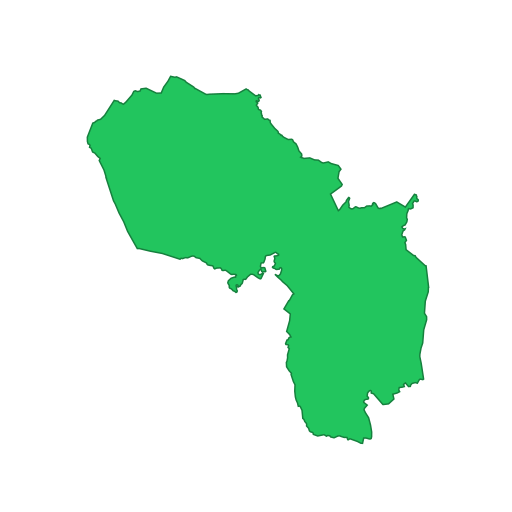 Grāveru pag., Aglonas, Latvia (Albers equal-area conic projection), rotated 104°
{"feature_id": "27541924B82032985792031", "entity_name": "Grāveru pag.", "entity_type": "district", "adm_level": 2, "iso_a3": "LVA", "parent_name": "Latvia", "parent_adm1": "Aglonas", "projection": "albers", "projection_center": [27.156, 56.054], "detail": "fine", "context": "isolated", "style": "filled", "palette": "green", "viewbox_px": 512, "rotation_deg": 104, "n_neighbors": 0, "source": "geoboundaries", "source_scale": "gbopen_adm2", "svg_char_len": 6121}
<svg xmlns="http://www.w3.org/2000/svg" viewBox="0 0 512 512"><g transform="rotate(104 256 256)"><path d="M345.2,74.7L343.8,74.7L342.3,74.0L341.7,73.4L340.4,71.0L340.3,70.5L340.4,68.7L336.2,67.5L335.7,66.7L335.6,64.2L334.9,63.6L320.3,69.7L314.1,72.7L311.9,73.2L305.4,73.6L300.1,73.2L287.0,75.4L276.6,75.0L273.6,75.8L270.8,78.7L258.8,80.8L249.1,80.2L244.8,81.1L244.7,80.9L224.4,88.6L224.5,89.5L220.6,96.7L218.6,100.4L217.2,101.7L217.4,103.2L213.6,111.9L208.6,113.6L207.0,114.8L204.4,113.8L201.5,115.8L201.5,117.1L202.0,117.6L202.1,118.4L200.2,119.7L196.2,119.4L194.6,118.1L193.6,117.9L193.9,118.3L193.8,120.3L192.5,121.5L190.7,120.2L189.9,118.9L186.4,117.9L183.8,118.1L182.6,119.1L178.5,119.9L175.0,119.4L173.7,119.6L173.0,119.1L173.1,118.0L172.9,117.3L171.2,115.3L168.5,115.9L167.3,116.8L164.5,115.9L164.1,115.2L164.5,113.2L163.9,112.3L163.2,111.9L162.1,112.3L161.5,113.6L161.0,114.1L159.4,114.3L158.7,115.0L158.0,115.2L157.8,117.2L172.4,122.9L169.5,132.5L179.7,146.3L179.5,146.7L180.1,147.9L179.9,149.1L176.2,152.7L175.7,154.1L175.8,154.9L176.9,155.5L177.8,155.5L177.6,155.1L178.0,155.1L179.9,156.3L179.8,157.5L180.8,160.7L182.9,162.4L183.8,165.7L184.6,166.6L184.6,168.4L184.1,170.5L184.2,171.4L186.7,173.4L187.2,174.6L186.9,176.3L186.2,177.7L184.2,177.9L180.9,179.4L177.3,179.1L176.8,179.8L176.8,180.3L180.2,181.7L181.7,181.7L185.6,184.1L190.7,186.0L192.1,187.1L177.9,198.7L167.4,190.0L165.7,189.7L160.8,195.3L154.1,195.8L151.2,194.6L148.3,198.1L148.1,205.6L147.2,208.6L149.5,213.2L149.4,214.9L147.9,218.7L148.6,222.5L147.8,227.5L149.8,233.3L149.5,234.3L149.6,235.4L149.3,236.6L147.9,235.7L146.0,236.4L143.6,239.8L140.3,241.9L137.5,244.3L136.2,247.2L134.4,248.6L134.1,249.6L135.2,253.0L134.1,257.7L133.5,259.1L132.6,260.1L132.5,260.6L132.9,260.9L132.1,261.9L131.4,264.1L130.5,264.3L129.7,265.0L127.6,268.8L124.5,272.9L123.2,274.4L121.0,275.2L121.0,276.2L120.2,277.8L121.3,280.7L119.6,283.8L118.4,283.9L117.9,284.7L117.0,284.8L116.1,285.6L114.4,285.7L113.4,286.9L113.3,288.4L113.0,289.2L111.2,290.0L109.8,292.0L109.1,292.1L107.5,291.3L107.0,291.6L106.3,293.1L105.5,293.3L105.2,293.1L105.6,291.4L105.3,290.8L104.0,290.6L103.0,291.7L101.9,291.7L101.6,291.4L101.6,290.1L101.0,289.5L98.8,291.0L99.0,292.0L98.9,292.3L99.4,292.3L100.7,295.1L97.6,302.5L96.7,303.9L96.7,305.0L96.3,306.0L102.3,312.4L103.8,315.8L106.5,327.3L110.4,340.7L110.9,341.8L111.3,343.5L108.1,355.7L108.3,355.9L107.2,357.2L104.3,365.7L103.0,367.6L101.4,376.4L102.2,378.0L102.3,382.3L107.7,383.7L114.4,386.4L120.8,387.4L122.1,391.9L119.8,403.2L121.7,408.0L124.0,408.4L125.1,410.7L124.9,413.1L125.9,414.4L129.9,415.3L138.0,419.4L140.8,421.3L140.6,422.7L140.1,423.8L140.3,425.4L139.1,427.4L139.4,429.9L139.3,431.2L156.2,436.9L161.0,439.9L162.5,442.7L163.5,443.2L164.1,444.1L165.5,444.9L166.5,446.5L181.5,448.4L185.6,447.3L187.8,446.1L188.1,444.5L188.9,443.8L190.8,443.8L191.3,442.0L194.6,439.7L195.1,437.3L197.8,433.5L199.0,430.8L201.3,431.2L209.2,424.4L214.8,421.0L216.1,420.6L216.6,419.9L216.9,420.1L236.9,407.6L239.5,405.2L247.5,399.2L254.8,392.6L263.2,386.5L277.5,373.0L277.0,370.9L276.9,359.8L276.2,347.6L277.5,328.9L276.3,328.1L276.3,326.6L274.7,324.3L274.3,321.8L272.0,318.8L271.2,317.2L271.2,315.8L272.1,313.8L271.9,309.7L272.4,309.2L273.7,306.9L274.7,302.4L276.0,301.3L276.3,300.6L276.3,298.8L276.0,295.8L276.3,295.2L278.1,293.8L278.5,292.9L277.3,291.4L276.1,287.7L276.8,286.5L278.1,285.5L278.1,284.5L277.3,282.6L277.3,281.5L279.7,276.1L279.8,275.0L279.2,273.6L278.8,271.4L278.9,270.8L279.4,270.3L280.3,270.9L281.5,270.7L281.8,272.0L283.6,274.8L286.7,276.8L288.6,276.9L289.4,276.5L291.2,274.7L292.6,274.5L293.4,273.9L293.7,273.2L293.8,272.0L295.3,269.7L295.4,268.2L296.2,266.6L295.7,265.9L294.4,265.7L293.1,266.8L291.1,267.3L289.8,268.1L288.9,268.1L288.5,267.5L288.7,266.5L289.2,266.2L290.1,266.4L290.4,265.8L288.9,264.0L287.4,263.8L286.2,262.9L285.4,262.7L282.0,262.7L281.4,261.9L281.3,260.7L281.0,260.3L278.3,259.2L275.0,256.8L274.6,255.0L274.7,253.8L276.5,249.2L277.1,247.0L277.1,246.2L276.7,245.7L271.3,244.6L271.2,245.3L272.9,247.2L273.2,248.1L273.0,249.4L271.6,250.1L269.1,249.3L267.4,248.2L269.6,246.7L269.9,246.1L269.0,243.2L268.4,242.8L265.5,244.5L265.3,245.1L265.4,245.9L266.1,247.9L265.8,248.6L265.0,249.2L261.8,249.4L261.3,248.8L260.9,247.2L260.2,246.9L256.6,246.5L254.4,246.8L253.4,246.4L252.8,245.5L251.6,242.5L247.7,238.1L247.8,237.0L248.6,235.9L248.7,234.6L249.5,234.2L250.0,234.5L250.9,236.1L251.5,238.0L251.9,238.3L253.9,237.1L256.6,237.2L257.7,236.5L258.3,235.5L258.8,235.3L261.3,235.9L262.3,237.2L262.9,237.3L263.5,236.4L263.5,234.8L264.1,233.5L264.1,232.7L263.0,230.1L261.6,229.8L261.3,229.1L261.6,228.5L262.2,227.9L264.0,227.7L267.7,228.0L269.6,229.1L269.9,230.2L269.2,233.2L271.3,229.7L273.2,225.9L274.5,224.0L277.1,218.7L283.6,210.1L284.8,211.2L291.3,212.9L291.4,213.4L300.6,216.1L303.9,208.7L310.6,207.7L321.8,208.0L324.1,204.3L326.1,202.5L326.7,203.6L327.7,204.4L329.4,204.5L330.0,205.6L333.8,206.1L334.6,205.6L334.4,203.6L334.5,203.1L335.1,202.7L337.0,202.8L337.9,201.3L344.3,201.5L347.2,200.7L350.6,200.5L351.9,200.8L356.1,199.5L359.4,196.0L361.3,193.2L362.5,193.3L368.7,189.4L371.5,187.0L377.7,185.7L383.2,183.7L386.0,182.2L388.5,180.2L391.6,178.6L391.1,177.5L391.3,176.7L394.6,174.0L402.3,171.3L402.9,170.0L404.8,168.6L406.1,166.8L406.8,166.2L408.7,165.8L410.4,163.3L412.7,161.9L413.4,160.7L413.5,158.6L414.1,157.6L415.2,157.2L415.7,152.6L412.9,146.7L413.8,144.0L412.8,143.0L412.6,140.9L413.5,139.8L413.5,136.3L410.8,132.9L410.2,131.0L410.5,130.1L410.7,126.5L410.3,125.1L410.1,123.7L412.0,122.6L412.0,122.0L410.6,120.7L411.4,112.7L412.3,109.0L412.0,107.3L406.6,107.5L406.0,105.2L406.1,101.7L405.7,100.5L405.2,100.1L403.4,100.1L398.8,101.2L392.3,104.0L385.7,107.6L381.6,111.9L379.1,114.0L377.5,113.9L373.8,112.0L372.0,116.0L371.5,116.3L369.5,115.9L368.4,114.5L367.8,112.8L367.2,112.4L366.1,112.7L365.1,114.3L361.7,114.6L359.3,113.3L358.8,112.5L358.9,111.9L359.2,111.5L361.1,111.0L361.2,108.6L369.3,97.1L369.4,96.8L367.4,91.6L361.4,87.6L357.0,89.8L354.7,85.8L352.9,83.8L351.4,85.1L349.0,85.2L347.9,82.4L346.8,80.5L344.9,81.8L343.0,80.3L345.8,76.4L345.2,74.7Z" fill="#22c55e" stroke="#15803d" stroke-width="1.5"/></g></svg>